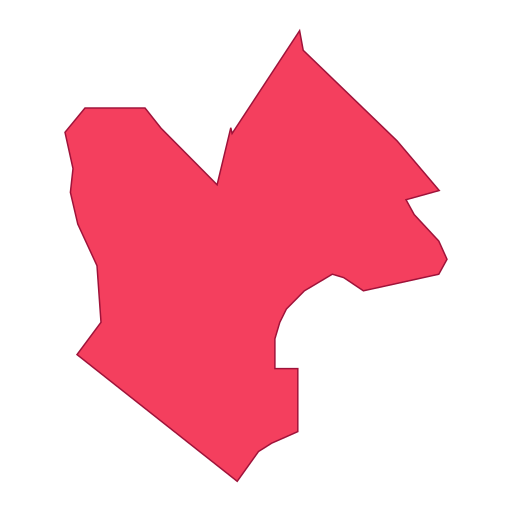 outline of Suyeong-gu, Busan, South Korea
{"feature_id": "91817680B55707549130569", "entity_name": "Suyeong-gu", "entity_type": "district", "adm_level": 2, "iso_a3": "KOR", "parent_name": "South Korea", "parent_adm1": "Busan", "projection": "natural_earth1", "projection_center": [129.113, 35.156], "detail": "fine", "context": "isolated", "style": "filled", "palette": "rose", "viewbox_px": 512, "rotation_deg": 0, "n_neighbors": 0, "source": "geoboundaries", "source_scale": "gbopen_adm2", "svg_char_len": 565}
<svg xmlns="http://www.w3.org/2000/svg" viewBox="0 0 512 512"><path d="M299.6,30.7L232.1,133.5L230.8,127.8L217.1,184.8L161.0,128.2L145.0,108.0L85.0,108.0L65.0,132.3L73.0,168.6L70.4,192.4L77.7,223.7L77.7,223.9L97.0,265.7L101.0,322.3L77.0,354.6L237.2,481.3L258.5,451.5L271.6,443.2L297.8,431.6L297.8,368.6L274.9,368.6L274.9,338.8L279.8,322.3L286.4,309.0L304.4,290.8L332.3,274.2L343.7,277.6L363.4,290.8L438.8,274.2L447.0,259.3L438.8,241.1L414.2,214.6L406.0,199.7L439.2,190.5L397.1,140.9L303.2,50.3L299.6,30.7Z" fill="#f43f5e" stroke="#9f1239" stroke-width="1.5"/></svg>